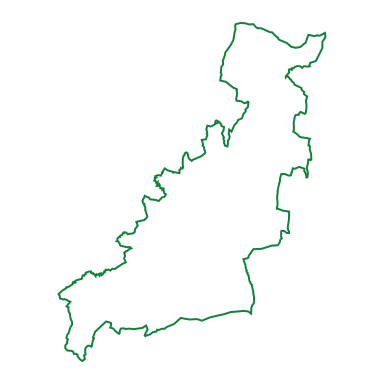 Hobøl nor, Østfold, Norway
{"feature_id": "86288312B48934534405414", "entity_name": "Hobøl nor", "entity_type": "district", "adm_level": 2, "iso_a3": "NOR", "parent_name": "Norway", "parent_adm1": "Østfold", "projection": "albers", "projection_center": [10.908, 59.61], "detail": "fine", "context": "isolated", "style": "outline", "palette": "green", "viewbox_px": 384, "rotation_deg": 0, "n_neighbors": 0, "source": "geoboundaries", "source_scale": "gbopen_adm2", "svg_char_len": 5957}
<svg xmlns="http://www.w3.org/2000/svg" viewBox="0 0 384 384"><path d="M65.3,348.2L67.3,350.5L71.9,350.9L73.0,351.6L73.4,352.0L73.8,353.8L76.2,353.9L77.7,355.1L77.6,356.4L80.2,359.5L82.3,361.0L82.9,360.7L84.9,358.8L84.0,355.4L85.6,354.4L85.1,352.3L85.3,350.6L85.1,349.2L86.4,347.0L87.8,345.8L89.7,345.7L91.4,346.7L91.9,345.8L92.7,341.1L94.0,338.3L92.9,337.8L95.2,331.7L106.1,321.5L110.9,322.9L111.1,324.5L110.3,327.7L113.0,328.4L116.0,331.7L119.0,333.8L119.6,333.1L119.8,330.8L120.8,328.6L123.8,328.3L125.4,329.0L129.6,328.6L133.5,329.2L142.5,327.9L146.0,325.5L147.6,329.5L145.7,332.8L144.7,335.6L145.4,336.1L145.9,335.4L147.3,335.4L150.5,334.1L152.8,332.2L156.3,331.5L157.1,329.7L158.3,330.1L162.1,328.7L164.7,328.8L165.4,327.9L167.4,326.7L174.1,324.0L180.7,318.0L189.5,319.5L197.1,319.1L202.0,320.7L209.9,317.4L224.3,314.1L230.5,312.1L243.9,310.9L248.3,311.5L251.1,313.6L251.4,307.7L252.2,305.5L253.6,303.5L254.2,301.3L253.9,296.2L253.3,293.9L253.5,293.0L252.2,287.2L252.1,285.0L250.5,283.5L250.3,282.2L249.5,281.2L248.5,275.4L247.4,273.8L247.6,272.8L246.4,271.6L246.7,270.1L245.9,268.9L245.4,265.2L243.4,259.2L247.7,258.2L248.4,257.4L248.8,255.7L253.4,249.2L261.7,248.8L271.7,245.6L277.7,245.3L279.8,242.4L280.1,240.4L280.8,239.1L281.9,238.2L281.1,236.8L281.2,232.0L281.5,230.8L284.2,231.0L286.7,232.9L289.1,233.0L289.0,231.3L288.1,229.9L287.7,227.7L289.0,219.2L289.1,211.6L282.6,210.6L277.8,208.7L277.1,209.0L276.8,208.2L277.6,204.7L277.1,196.4L277.7,192.3L277.6,191.1L279.2,182.9L279.7,182.5L279.8,180.8L280.2,180.2L279.9,179.0L281.2,174.2L284.7,173.9L288.5,175.5L290.5,175.5L291.2,174.7L291.2,172.9L291.8,172.6L292.8,168.3L294.8,168.8L299.2,166.9L304.4,168.7L304.2,170.9L305.5,173.3L306.3,175.7L306.3,177.4L307.0,177.5L307.5,176.9L307.9,172.6L307.0,169.3L307.0,167.5L308.1,162.1L308.3,159.5L309.4,159.4L310.3,160.2L311.3,159.7L311.1,154.2L309.7,148.9L309.9,146.7L309.4,145.4L308.5,145.4L308.9,140.9L309.9,138.7L299.9,137.0L296.7,133.8L293.3,131.7L293.9,130.1L293.7,122.7L295.0,116.0L296.0,114.9L298.7,114.8L299.5,112.9L300.5,111.9L304.9,113.9L305.9,112.5L306.5,106.6L306.3,103.0L305.8,101.2L307.2,96.5L304.1,94.3L304.0,93.3L304.3,92.2L301.8,90.0L301.3,87.9L294.7,84.8L293.6,82.6L292.0,81.6L291.1,79.8L289.9,79.1L288.7,77.2L286.8,75.8L285.8,77.2L285.7,76.5L289.3,72.3L288.8,70.7L289.3,69.3L290.7,69.3L291.7,70.0L292.0,69.5L291.8,68.3L293.7,68.2L294.7,67.0L296.8,66.2L299.9,66.2L302.3,67.9L303.4,66.5L304.2,66.3L308.8,66.6L309.9,66.1L309.4,65.1L310.3,62.8L315.8,61.1L322.3,48.2L322.4,41.7L325.1,37.7L325.4,36.3L325.0,32.9L319.7,35.7L316.7,35.3L314.7,36.2L308.4,34.8L305.6,42.6L300.2,47.0L295.8,47.8L291.3,46.8L286.7,42.9L279.2,39.8L278.1,38.6L278.1,37.7L276.2,36.6L272.2,32.4L270.1,32.2L261.2,28.3L257.6,28.2L256.4,27.6L253.4,24.2L248.9,24.4L245.5,23.3L240.2,23.0L235.5,24.3L235.1,26.4L235.5,28.3L235.3,30.7L234.8,31.4L233.3,40.2L230.8,44.9L225.3,52.6L225.0,54.8L222.9,60.8L223.1,64.4L221.3,67.0L221.1,68.7L221.1,71.1L220.7,72.5L221.6,74.9L220.8,76.5L220.2,80.5L226.0,81.9L232.8,87.4L236.9,89.3L236.6,91.0L237.1,92.8L236.8,96.3L236.1,98.5L236.5,100.7L241.3,101.3L244.4,103.2L246.6,102.6L247.4,101.7L248.4,101.9L248.2,104.6L247.9,107.0L245.4,109.6L245.8,110.6L245.5,111.6L243.6,113.7L242.0,118.3L238.1,120.0L237.2,122.2L234.4,125.1L231.5,131.6L229.2,129.6L228.7,134.0L229.7,136.6L229.2,138.8L227.9,140.9L227.8,144.4L227.4,146.4L224.8,145.5L224.5,143.7L224.1,143.2L224.0,141.9L224.3,141.0L223.3,138.7L224.0,137.6L221.9,133.5L223.5,130.5L224.0,127.0L221.4,126.0L221.2,124.3L219.2,121.9L218.1,122.7L217.8,121.1L216.2,120.4L215.7,120.8L215.2,122.6L216.4,123.3L212.6,125.7L210.9,126.5L207.3,125.7L206.3,129.5L207.3,132.2L206.6,133.7L207.4,134.8L205.9,139.4L201.8,139.9L203.1,144.5L202.5,145.3L203.7,146.7L204.4,149.9L205.0,150.9L205.2,152.5L204.7,153.4L201.4,156.1L192.7,159.9L191.7,160.9L189.2,158.9L188.5,157.6L187.4,153.1L186.1,152.4L184.7,153.5L184.4,155.3L183.6,155.7L182.8,158.9L182.7,163.9L183.1,167.5L182.5,168.5L181.1,167.8L180.9,168.7L179.3,170.1L179.6,172.0L179.3,173.2L173.8,172.0L173.2,172.6L172.4,171.7L167.3,170.2L164.8,168.4L162.2,172.2L162.7,172.3L162.6,172.7L160.7,175.7L158.6,175.1L155.4,176.0L154.8,177.7L155.8,177.8L155.0,178.3L154.9,179.8L154.3,180.6L155.5,180.9L156.4,183.2L157.7,182.1L157.3,184.5L158.0,185.0L157.0,185.9L158.5,186.0L158.7,185.6L158.3,184.6L159.0,183.9L159.8,185.1L159.5,186.3L160.6,187.5L160.4,188.2L161.6,188.3L162.0,189.4L162.6,188.3L163.6,188.5L163.5,190.8L163.9,191.2L164.2,193.1L165.9,194.5L164.2,196.9L162.1,197.4L158.6,201.1L156.0,200.0L150.0,199.3L149.1,197.8L144.7,195.8L144.4,197.4L143.2,198.9L142.5,200.9L143.0,202.8L144.5,204.0L144.0,204.6L145.3,207.5L145.2,209.8L147.3,216.4L146.7,217.7L144.3,220.0L136.4,221.9L137.7,225.6L135.0,229.3L134.7,231.3L134.9,231.8L133.2,233.3L127.9,234.2L126.2,232.6L124.0,232.2L123.3,232.7L123.6,233.5L122.5,234.0L122.0,235.0L120.2,235.7L119.6,236.5L119.9,237.0L118.5,237.4L117.5,238.5L117.3,239.1L117.6,240.5L116.8,241.2L118.2,241.5L119.7,243.5L119.9,245.0L120.8,245.8L126.5,247.1L130.1,247.1L131.4,248.3L128.4,249.6L127.7,250.7L126.1,251.2L124.2,252.7L124.7,253.2L124.5,254.3L125.1,255.9L124.1,258.4L125.8,262.3L122.5,263.8L114.8,269.0L112.3,268.7L110.3,270.6L108.6,269.5L107.0,270.0L105.7,269.7L105.0,270.9L105.1,271.7L104.1,271.6L104.0,272.5L103.4,272.8L103.6,273.6L101.4,275.2L101.0,273.3L99.9,273.6L99.3,275.5L98.3,274.2L96.8,275.0L96.3,274.3L95.6,275.1L95.5,276.1L93.3,273.3L92.5,273.7L91.8,272.8L91.2,272.9L90.8,272.3L91.0,271.5L89.0,271.5L86.3,272.5L85.6,273.1L85.9,274.0L84.4,274.7L84.3,275.7L82.6,275.5L81.8,278.8L76.6,280.2L74.5,281.5L75.4,282.5L73.9,283.0L73.5,282.0L72.9,282.2L72.4,284.5L68.4,286.9L66.2,287.3L66.2,288.3L62.8,290.2L58.6,293.9L58.8,294.7L59.6,295.2L60.0,298.4L63.6,299.5L64.8,299.1L70.3,301.8L66.6,306.4L68.6,307.4L68.3,308.9L68.6,311.4L69.7,313.4L70.6,318.8L72.1,322.1L72.1,324.6L70.2,327.7L68.6,333.3L67.3,334.6L66.5,337.2L66.7,338.6L67.9,339.4L67.0,341.8L67.3,343.1L65.3,345.5L65.3,348.2Z" fill="none" stroke="#15803d" stroke-width="2"/></svg>